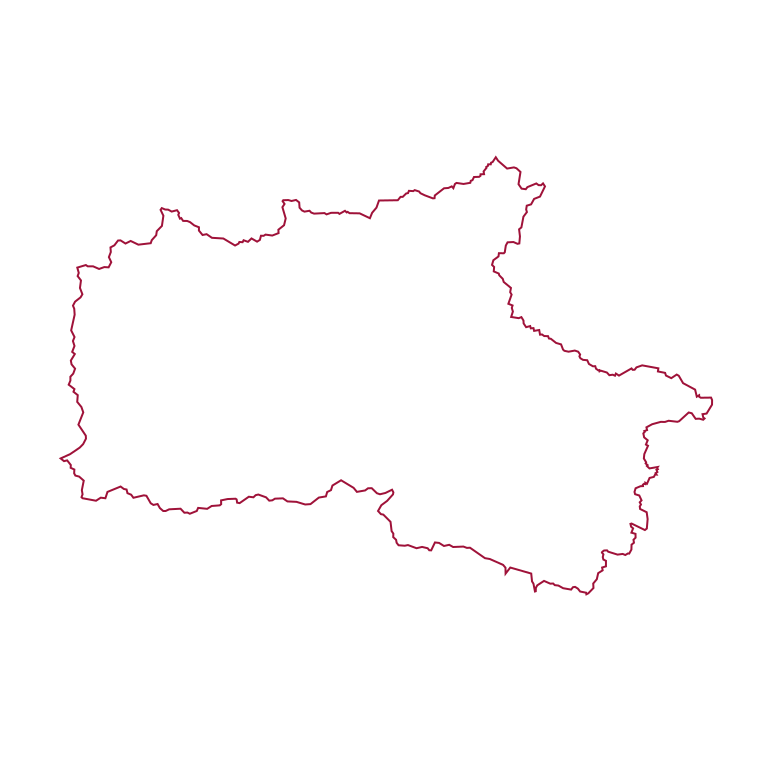 Song, Phrae, Thailand (Robinson projection), rotated 267°
{"feature_id": "78962969B64048827158998", "entity_name": "Song", "entity_type": "district", "adm_level": 2, "iso_a3": "THA", "parent_name": "Thailand", "parent_adm1": "Phrae", "projection": "robinson", "projection_center": [100.212, 18.562], "detail": "fine", "context": "isolated", "style": "outline", "palette": "rose", "viewbox_px": 768, "rotation_deg": 267, "n_neighbors": 0, "source": "geoboundaries", "source_scale": "gbopen_adm2", "svg_char_len": 6109}
<svg xmlns="http://www.w3.org/2000/svg" viewBox="0 0 768 768"><g transform="rotate(267 384 384)"><path d="M518.4,92.5L516.3,83.8L510.9,85.0L507.8,83.7L503.3,86.8L495.8,85.4L489.4,87.5L486.4,85.5L482.4,79.8L478.5,77.5L475.4,78.6L469.4,78.7L453.9,74.4L447.1,77.4L443.2,75.6L438.2,76.9L432.4,74.3L430.1,76.8L423.8,72.5L420.0,73.0L415.5,76.3L410.6,74.2L407.7,71.2L403.8,71.0L399.8,69.1L395.1,74.6L392.5,73.5L388.9,77.6L382.2,76.7L376.9,80.6L371.4,82.2L359.4,76.7L348.0,83.5L345.0,83.5L339.7,80.4L336.4,76.8L330.4,66.9L326.6,57.2L323.7,60.4L324.3,63.6L319.5,67.0L316.7,66.7L314.8,70.3L311.0,69.9L308.7,71.0L307.5,74.7L303.2,79.1L293.8,76.7L289.6,77.2L286.8,76.0L285.7,77.0L282.5,90.3L285.3,95.2L284.5,99.8L290.7,102.2L295.4,115.6L292.8,118.7L292.1,121.4L288.4,122.1L286.7,125.7L283.5,127.8L285.4,138.4L284.8,140.9L277.1,144.8L275.3,147.4L276.0,151.6L271.8,153.7L268.7,156.9L268.6,159.3L270.1,162.9L270.1,174.3L265.9,177.9L265.9,181.0L264.6,183.3L267.0,190.4L270.0,191.9L268.6,200.9L271.2,205.5L271.4,213.6L272.5,215.1L276.3,215.2L277.3,221.8L277.2,229.8L276.4,230.8L273.2,231.1L272.6,233.6L278.5,243.1L277.7,247.7L279.7,250.0L280.2,252.7L277.0,260.3L273.5,263.3L273.7,266.4L275.2,269.1L275.1,277.1L271.8,281.4L270.9,290.4L267.8,299.0L267.9,304.3L274.0,313.0L274.8,320.1L279.1,321.6L280.8,325.5L285.3,327.2L290.1,336.1L281.9,348.2L277.7,351.3L278.7,359.6L280.7,362.6L280.6,366.3L275.3,371.2L274.1,374.2L275.1,379.7L278.0,386.5L275.3,387.7L273.3,387.2L267.1,381.0L263.1,375.0L257.5,371.4L254.2,374.1L253.6,376.5L246.0,383.3L236.7,383.9L234.1,385.5L230.6,385.2L227.8,387.9L224.8,388.3L222.2,390.1L221.4,396.3L221.9,399.5L218.3,407.9L219.3,413.5L217.7,419.0L215.6,420.5L215.4,422.4L223.1,426.6L222.4,430.7L219.1,435.4L220.0,440.7L217.6,444.5L217.5,454.8L216.0,458.2L216.0,461.3L204.8,475.7L203.7,480.5L197.1,493.5L194.2,495.7L188.3,495.5L194.1,500.5L187.0,521.1L179.1,521.5L176.8,522.8L168.9,523.9L169.1,524.7L172.5,525.0L174.9,526.5L179.0,533.5L175.9,539.6L175.9,542.5L174.2,544.0L173.6,547.6L170.7,552.2L168.9,560.1L171.2,562.1L171.4,564.2L169.5,566.9L166.5,569.0L165.0,574.9L163.4,575.1L164.3,577.1L169.3,582.5L173.8,582.5L177.9,586.3L183.9,588.0L186.5,592.6L189.3,592.2L190.3,596.1L195.8,596.4L197.2,593.9L199.7,593.4L202.4,594.2L204.2,592.8L205.0,593.2L206.2,595.0L206.2,598.0L204.8,599.1L201.4,608.3L201.8,613.5L200.6,616.0L202.0,618.7L201.8,620.0L205.7,622.4L210.6,622.8L212.4,625.3L215.4,625.0L217.4,627.2L221.2,627.3L222.6,623.3L226.8,625.2L228.6,623.3L231.4,622.8L231.7,623.9L224.5,636.9L225.9,638.9L235.3,640.2L242.2,639.6L245.8,633.2L248.4,633.0L250.2,634.3L252.5,633.2L254.3,635.1L259.3,633.1L260.8,629.0L263.1,628.5L266.7,629.8L268.5,634.8L268.5,637.3L269.8,637.2L270.7,638.4L270.3,639.7L271.7,639.8L270.6,641.4L276.3,644.3L277.1,648.6L279.5,650.1L279.3,651.4L280.8,650.6L281.8,652.4L284.1,651.6L284.6,653.0L285.9,652.3L286.8,653.0L285.8,644.7L288.4,642.2L289.2,643.0L291.0,641.1L292.1,641.7L296.0,639.6L300.4,640.3L308.5,644.4L309.8,642.4L314.0,644.4L317.1,641.0L321.1,640.4L322.6,641.9L323.4,641.5L324.2,644.3L327.0,643.8L329.8,649.7L331.7,658.4L331.4,662.6L332.4,666.3L330.9,675.0L331.4,676.8L339.6,686.8L338.7,689.8L332.9,693.4L332.9,697.0L331.6,700.9L332.8,702.3L333.8,701.1L337.2,700.5L337.6,704.6L346.2,710.5L350.8,710.8L353.3,709.9L353.7,699.6L354.8,698.1L356.3,698.1L355.0,695.7L362.1,694.4L369.2,682.7L376.8,678.8L378.1,676.8L374.8,671.2L377.7,666.0L380.4,665.3L382.2,658.2L385.3,658.8L389.1,642.8L387.4,637.0L385.1,635.0L385.2,633.0L386.6,632.0L380.1,619.1L382.3,616.1L380.2,615.1L381.3,612.9L381.0,609.5L383.8,607.2L386.0,601.1L385.4,599.9L386.6,599.7L386.4,598.7L388.2,596.5L390.7,595.9L390.8,593.5L393.3,589.7L397.1,588.2L397.7,584.0L399.4,581.5L401.3,580.6L403.2,581.4L406.1,579.6L407.4,576.3L406.6,570.0L407.7,565.9L409.0,564.6L414.3,562.9L416.0,558.0L420.4,553.0L420.8,551.1L423.2,550.3L423.5,546.5L425.2,544.4L425.1,542.4L429.8,541.8L429.2,536.7L432.0,536.2L431.9,533.5L434.2,533.0L433.3,528.9L437.2,526.6L440.1,526.6L443.6,524.7L442.7,522.0L444.3,514.5L449.6,516.5L453.3,515.6L455.7,516.5L457.6,512.4L466.6,516.1L469.1,514.8L473.3,515.8L479.6,508.9L482.8,508.1L486.5,504.8L488.3,504.4L490.7,499.5L495.1,500.1L497.3,498.1L501.9,499.7L505.4,505.0L508.6,505.6L508.3,510.5L509.2,511.5L515.9,512.9L519.0,514.8L519.0,520.7L517.0,524.7L517.3,526.5L524.3,527.5L531.4,527.0L533.2,529.4L543.8,532.0L548.2,535.7L550.9,535.1L554.6,535.9L555.7,540.3L561.0,543.6L563.0,549.6L572.9,555.1L576.0,553.3L574.3,551.3L574.5,548.8L576.3,546.6L573.1,537.5L571.1,535.8L571.9,531.6L576.5,528.8L588.6,531.4L592.5,527.6L593.5,525.1L592.7,518.2L601.0,509.6L604.6,507.5L600.0,504.1L599.4,502.5L597.8,502.1L597.9,499.5L596.4,499.2L595.3,497.4L594.4,497.6L591.1,494.6L588.3,494.9L588.4,491.4L586.8,491.2L585.9,489.8L586.0,484.7L582.9,483.0L582.4,481.3L580.4,480.7L579.6,473.9L581.0,466.9L580.0,465.3L575.9,463.5L577.8,462.0L576.4,458.5L576.3,454.2L569.6,444.6L566.9,444.2L566.8,442.6L570.3,434.6L572.6,430.4L574.4,429.1L576.0,424.8L575.1,423.3L575.6,419.0L573.4,418.0L573.1,416.1L569.9,412.5L570.0,410.3L566.8,407.4L567.5,388.6L560.5,385.7L555.6,381.1L550.3,378.6L555.7,368.6L556.4,358.5L557.8,356.7L557.3,355.7L559.0,354.1L556.2,348.4L557.4,347.1L557.7,340.0L556.4,335.5L557.8,333.5L557.8,323.1L559.0,320.3L560.9,318.7L560.3,313.6L561.6,311.2L564.5,308.9L569.8,308.8L572.4,305.8L571.6,301.2L572.7,298.1L572.8,293.0L571.9,292.3L569.0,294.1L565.9,291.8L554.5,294.5L547.8,292.5L543.6,286.6L540.2,286.6L538.1,280.2L539.4,273.5L538.3,271.6L538.5,268.9L534.4,267.6L532.8,264.7L536.3,259.3L533.1,255.6L534.9,251.3L533.0,250.2L533.4,247.0L531.8,246.1L530.1,242.5L537.7,231.2L539.0,219.8L542.9,214.7L542.3,210.6L546.9,207.2L550.2,207.4L552.3,202.8L555.8,198.8L557.1,196.0L557.4,191.9L560.3,190.2L559.8,188.9L563.7,187.4L565.5,188.3L568.4,186.4L567.3,181.0L569.4,177.6L569.7,174.6L571.3,171.3L569.6,170.0L563.6,172.5L553.5,170.5L548.5,165.1L544.5,164.3L539.8,159.6L536.8,158.4L536.0,146.0L540.1,138.5L537.8,133.2L541.2,128.4L541.2,125.9L536.6,122.0L534.7,118.0L530.1,118.1L525.1,115.9L519.9,118.0L514.9,115.1L515.4,110.8L513.8,105.5L516.7,99.7L517.0,94.3L518.4,92.5Z" fill="none" stroke="#9f1239" stroke-width="2"/></g></svg>